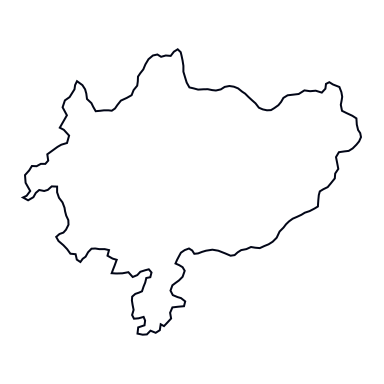 Botelhos, Minas Gerais, Brazil (Albers equal-area conic projection)
{"feature_id": "56859067B45420528650981", "entity_name": "Botelhos", "entity_type": "district", "adm_level": 2, "iso_a3": "BRA", "parent_name": "Brazil", "parent_adm1": "Minas Gerais", "projection": "albers", "projection_center": [-46.427, -21.65], "detail": "fine", "context": "isolated", "style": "outline", "palette": "ink", "viewbox_px": 384, "rotation_deg": 0, "n_neighbors": 0, "source": "geoboundaries", "source_scale": "gbopen_adm2", "svg_char_len": 3132}
<svg xmlns="http://www.w3.org/2000/svg" viewBox="0 0 384 384"><path d="M246.4,249.1L251.0,247.0L255.2,247.7L259.8,248.1L264.4,246.0L268.6,244.3L272.7,241.7L276.7,237.7L279.6,231.5L283.5,227.6L286.0,224.3L289.0,221.4L292.7,218.7L297.1,216.8L301.4,214.8L304.8,212.7L309.6,211.1L314.4,208.6L317.9,206.5L318.3,200.3L318.8,195.1L319.8,191.4L323.2,189.3L327.7,187.1L331.1,183.0L334.8,178.4L335.2,173.5L338.3,168.9L337.0,162.1L336.0,157.1L338.9,152.2L344.4,151.4L348.7,150.9L352.7,148.4L356.4,144.7L359.1,141.4L361.0,137.1L360.2,133.1L358.1,130.0L356.8,124.6L356.4,118.4L352.4,115.8L346.4,113.0L342.0,110.8L340.8,104.8L341.6,100.6L342.2,96.8L341.4,92.2L339.4,87.0L333.0,84.5L329.3,82.2L326.0,83.9L325.4,88.7L321.8,92.6L315.7,90.7L310.1,91.2L304.4,90.4L298.7,94.0L293.6,94.6L287.6,95.3L283.4,97.9L281.1,101.9L278.4,105.2L274.3,108.1L271.0,110.1L267.0,110.3L262.8,109.4L258.9,107.7L255.5,103.3L252.2,100.4L248.4,96.9L245.1,93.6L242.2,91.7L238.1,88.4L233.9,86.7L229.4,86.0L224.7,86.9L220.8,89.4L215.9,90.5L212.2,90.1L207.8,89.2L203.2,89.3L198.1,89.6L193.7,88.4L189.4,87.4L186.7,82.6L185.1,77.4L183.4,71.7L183.4,65.8L182.6,60.7L181.6,55.9L180.7,52.2L177.7,49.3L173.9,51.7L170.7,55.9L165.8,55.5L161.1,56.8L157.4,54.5L152.9,55.5L148.5,59.2L145.4,64.4L143.3,69.4L140.3,73.2L138.0,76.6L137.8,81.4L137.2,85.7L133.6,90.1L131.6,95.2L126.8,97.9L120.9,100.6L117.4,105.0L115.0,108.5L111.8,110.7L108.2,110.3L104.2,110.3L100.1,110.8L95.7,111.2L93.2,106.8L91.4,103.1L87.0,99.0L86.3,93.6L85.1,89.3L82.4,85.1L77.0,81.2L75.1,85.1L74.5,89.3L69.6,97.1L64.9,100.4L62.6,107.3L66.9,115.3L59.8,127.7L63.8,129.8L69.1,135.6L67.0,143.0L61.3,144.7L57.5,146.9L47.3,154.3L48.2,160.6L45.3,163.9L40.8,163.9L36.6,166.2L31.9,166.0L29.2,170.4L25.0,175.1L25.6,182.8L30.2,191.0L26.6,195.8L23.0,197.5L28.1,200.3L33.4,197.2L35.8,192.9L39.2,190.0L44.2,191.0L47.8,189.9L51.7,186.4L57.1,186.6L57.1,192.3L59.0,197.8L62.5,202.4L64.5,207.7L65.1,211.4L66.2,215.6L68.3,220.1L68.5,224.7L66.0,229.7L63.4,232.6L59.5,234.0L56.2,236.9L58.5,241.0L63.4,245.2L67.1,249.1L70.4,253.7L75.6,254.2L76.8,259.6L80.4,262.0L82.7,258.8L85.6,256.7L88.1,252.2L91.5,248.7L95.3,248.5L99.1,249.1L104.6,249.1L109.0,250.1L107.5,255.7L112.6,258.6L116.7,259.8L114.6,265.6L113.1,269.4L111.7,273.2L116.3,273.5L122.4,273.3L128.4,272.2L132.7,277.0L137.3,275.1L140.3,271.8L145.0,270.3L148.8,269.3L151.5,272.5L150.3,277.2L146.3,278.0L145.2,282.6L143.6,286.5L142.0,291.3L138.8,292.7L135.3,293.9L132.2,296.6L131.9,300.4L132.6,304.9L133.6,309.9L132.1,315.0L134.0,318.7L138.6,318.3L143.6,316.9L145.1,320.6L144.5,325.3L138.2,327.4L137.5,333.6L142.7,334.7L146.9,334.4L150.5,330.7L155.7,332.8L159.8,330.2L160.7,324.3L164.0,326.1L168.0,321.9L171.1,318.5L170.1,312.8L172.4,307.4L178.4,306.7L184.0,306.2L185.2,301.4L181.0,298.1L177.6,297.1L172.8,295.1L170.5,290.6L172.4,285.3L175.7,282.8L178.9,280.5L182.6,276.8L184.7,270.8L182.6,267.2L179.3,265.2L175.5,263.5L177.0,260.0L179.1,256.0L180.9,252.7L184.7,250.1L189.0,248.5L192.2,250.5L194.3,253.8L198.1,253.4L202.0,251.9L206.0,250.7L212.4,249.7L218.3,250.7L225.2,253.4L230.6,255.7L234.6,255.1L237.6,252.4L241.2,250.1L246.4,249.1Z" fill="none" stroke="#020617" stroke-width="2"/></svg>